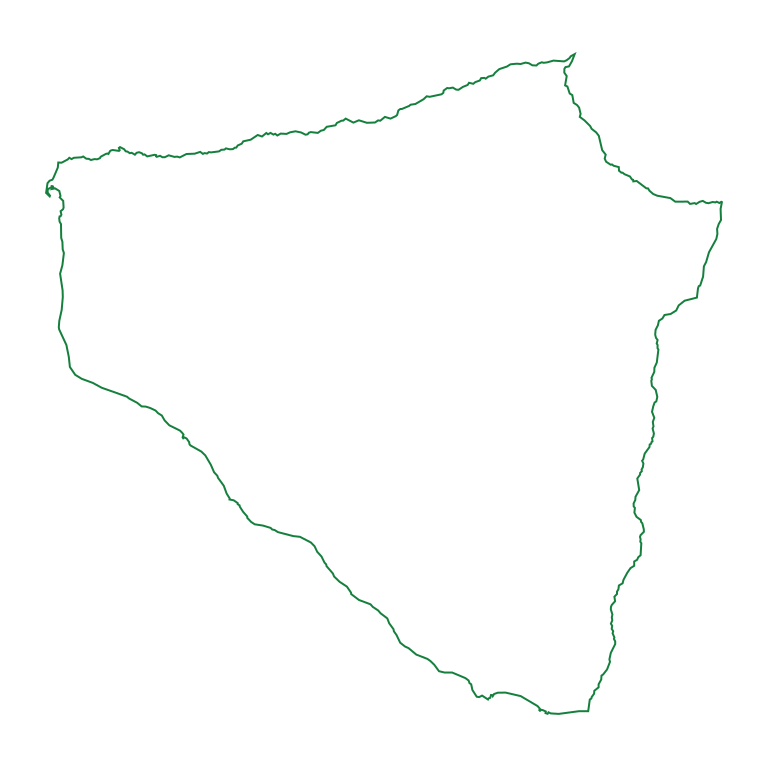 outline of Nossa Senhora Da Conceicao, São Filipe, Cabo Verde
{"feature_id": "66160863B39753348448887", "entity_name": "Nossa Senhora Da Conceicao", "entity_type": "district", "adm_level": 2, "iso_a3": "CPV", "parent_name": "Cabo Verde", "parent_adm1": "São Filipe", "projection": "albers", "projection_center": [-24.43, 14.881], "detail": "fine", "context": "isolated", "style": "outline", "palette": "green", "viewbox_px": 768, "rotation_deg": 0, "n_neighbors": 0, "source": "geoboundaries", "source_scale": "gbopen_adm2", "svg_char_len": 6002}
<svg xmlns="http://www.w3.org/2000/svg" viewBox="0 0 768 768"><path d="M588.2,711.2L589.8,699.5L591.3,698.6L591.7,697.0L594.1,693.7L594.3,690.8L598.6,687.3L598.6,684.3L601.2,679.6L601.5,675.6L603.2,674.4L607.1,669.4L610.0,661.8L609.4,659.4L610.8,652.9L615.2,644.1L615.2,641.3L613.9,638.9L614.4,637.5L612.6,633.3L613.2,631.2L611.7,628.8L612.2,625.8L610.9,623.7L612.3,620.4L611.8,617.4L612.4,614.5L610.8,609.3L611.0,606.8L611.8,604.9L615.1,601.2L614.4,596.7L617.0,594.0L617.0,591.6L618.4,589.3L618.9,585.5L622.6,583.3L623.5,579.8L627.2,572.9L630.5,568.1L634.2,565.8L634.2,561.5L637.1,559.8L638.2,557.3L640.6,555.2L641.3,543.2L640.3,541.7L640.6,539.2L640.0,536.9L640.6,535.1L643.9,531.8L643.8,529.3L642.3,523.2L641.1,521.9L640.8,520.0L636.5,516.8L634.4,512.6L634.9,507.9L633.7,506.4L633.6,503.5L635.3,499.9L635.5,496.8L639.2,490.1L637.3,478.5L640.0,474.7L640.2,472.8L641.8,471.3L641.6,469.5L642.9,467.1L643.4,463.4L642.1,460.8L643.2,459.4L644.7,453.6L649.5,447.0L649.7,444.5L651.1,443.7L651.5,442.1L652.5,441.4L652.1,438.1L653.3,436.7L653.9,433.5L652.6,428.5L653.5,426.4L652.8,421.9L654.3,417.8L652.0,411.8L653.3,406.2L654.6,402.5L656.3,401.4L657.3,396.9L655.7,389.9L651.9,385.9L651.3,380.8L651.9,379.3L651.5,377.8L654.3,371.8L654.4,367.8L656.8,362.5L658.4,349.6L657.5,348.1L657.6,345.0L656.7,343.5L657.6,340.0L656.0,337.9L655.2,334.7L655.6,329.8L657.9,325.3L658.9,320.8L662.4,318.5L664.5,315.0L670.6,314.0L676.2,310.5L678.7,305.4L684.6,300.7L696.9,297.6L698.0,288.3L698.8,286.1L700.2,285.5L703.1,276.6L703.9,266.3L706.1,262.1L709.0,252.2L716.3,239.0L717.4,234.0L717.1,228.8L718.8,223.9L721.0,220.0L720.6,208.9L721.9,202.1L721.3,201.8L719.4,203.0L716.7,201.7L715.4,202.4L712.6,202.0L708.5,203.2L706.0,202.8L702.8,200.9L699.6,201.8L696.1,204.0L694.7,203.1L690.0,203.9L687.7,201.6L675.3,201.7L670.4,198.1L657.2,195.7L653.2,194.0L649.5,190.8L648.0,188.4L646.3,188.3L636.7,181.0L633.3,181.4L633.1,179.8L631.9,179.4L630.0,176.5L624.5,174.2L622.6,172.7L621.4,172.7L619.0,170.7L618.8,167.1L613.5,165.7L612.1,164.5L610.6,164.7L606.1,161.7L604.7,158.6L605.7,154.6L602.2,150.2L598.8,135.8L596.2,132.4L591.6,128.8L590.2,126.1L584.5,120.4L579.8,116.9L580.6,113.9L579.1,107.6L577.0,105.0L573.7,102.9L572.3,95.1L569.7,93.5L567.4,86.5L565.1,85.4L566.7,76.1L564.3,72.6L564.4,68.8L565.5,67.1L569.0,66.4L572.0,61.1L574.7,54.1L570.7,56.3L569.6,58.0L566.7,60.2L564.1,61.4L553.5,60.6L547.0,62.4L543.7,62.8L541.8,62.3L538.3,63.7L536.4,65.5L532.3,65.3L529.0,63.3L525.6,62.6L520.6,64.0L516.7,63.7L510.5,64.3L506.8,66.6L499.3,69.1L495.1,72.7L493.2,75.3L488.4,76.6L485.7,78.7L484.4,77.9L481.2,78.1L479.8,80.5L475.3,82.1L473.3,83.8L469.0,82.8L467.6,85.0L462.9,86.9L458.5,89.8L456.2,89.6L452.8,87.6L449.0,88.3L447.2,88.0L443.7,90.5L443.3,92.9L441.5,94.3L429.7,96.8L426.7,96.3L423.6,99.2L415.4,104.0L410.6,104.7L409.2,105.9L401.8,109.0L400.3,109.0L398.4,110.4L397.1,115.0L395.7,116.2L390.5,118.6L384.9,116.9L380.3,120.7L378.1,120.4L375.0,122.5L366.9,122.8L358.9,120.3L353.4,122.6L345.7,118.6L343.2,120.6L341.5,120.7L336.8,123.0L335.5,125.3L326.7,126.8L323.8,130.0L320.9,130.7L317.8,132.9L310.8,132.1L308.9,132.7L307.6,134.3L305.5,134.7L301.2,132.5L295.5,131.3L290.1,132.3L286.6,133.9L280.7,133.6L277.3,135.5L275.2,133.8L273.4,134.6L270.5,132.9L268.0,134.3L266.3,133.0L262.0,136.5L257.7,135.0L250.7,139.7L243.3,141.3L241.7,143.7L237.7,145.5L236.3,147.6L234.8,147.7L232.9,149.1L229.8,149.3L225.9,148.4L224.5,149.6L221.3,149.8L219.0,151.4L211.0,152.4L208.8,152.1L207.1,153.5L204.5,153.1L202.9,153.9L200.2,151.9L194.6,153.7L186.5,154.0L179.8,157.4L177.2,156.6L174.4,156.9L168.7,155.3L164.9,157.2L162.4,157.2L160.0,155.8L156.7,156.8L156.0,156.3L156.1,155.1L154.7,154.8L147.2,156.4L144.6,154.4L143.1,154.7L141.9,153.3L139.1,152.2L136.6,152.8L134.9,154.7L131.7,152.8L129.8,153.2L127.5,151.6L125.7,151.3L124.1,149.2L120.0,147.1L118.9,147.9L119.7,150.2L119.0,150.9L112.7,150.0L111.1,150.4L110.1,151.0L108.4,154.0L107.3,153.5L105.7,154.0L100.6,156.8L99.9,158.2L97.1,159.3L94.4,159.1L90.9,160.0L88.9,158.9L86.3,158.7L83.2,156.5L81.4,157.3L73.8,157.8L71.6,159.1L69.3,157.8L67.8,159.4L61.6,162.7L58.3,162.5L57.8,167.6L53.5,177.7L52.4,179.7L49.6,180.7L47.5,183.2L46.1,192.9L49.7,196.4L50.0,195.7L47.6,192.5L47.8,189.2L51.4,187.3L51.6,186.1L52.7,186.2L53.6,187.7L52.4,188.9L55.1,188.4L59.3,191.0L60.5,196.0L59.7,197.4L63.2,200.9L63.6,207.6L63.0,209.3L60.6,211.2L61.4,214.7L60.6,216.2L59.6,216.4L59.2,218.4L59.6,221.7L61.0,224.1L61.2,237.9L62.4,241.8L62.7,249.4L63.9,253.0L62.4,265.2L60.1,273.7L62.6,290.4L62.8,297.0L61.7,309.8L59.3,320.8L58.8,327.4L59.2,329.5L66.4,345.0L68.8,356.9L69.9,367.0L75.2,374.8L81.7,378.8L92.8,382.9L101.6,387.7L127.0,396.7L129.1,398.5L137.2,402.8L141.6,406.4L145.8,406.6L150.2,408.0L155.5,410.5L158.1,413.2L161.8,415.5L164.6,420.4L169.3,425.3L180.0,430.6L182.0,432.6L183.5,434.5L182.6,437.4L183.2,438.3L184.4,437.4L186.6,438.5L189.2,442.2L189.4,444.0L190.4,445.4L201.4,451.6L205.3,455.4L210.8,464.7L214.1,472.3L217.3,475.7L218.0,477.8L223.8,485.8L226.6,493.5L229.7,498.5L229.5,499.5L233.7,500.3L237.7,503.1L237.7,504.2L239.6,505.4L239.8,506.7L243.1,511.8L247.2,516.5L247.3,517.9L251.2,522.0L254.7,524.3L263.1,525.6L270.6,527.9L272.2,529.5L274.6,530.0L277.9,532.1L293.3,536.1L299.9,536.8L310.9,542.5L314.6,546.3L317.2,551.8L321.5,556.5L324.5,562.6L326.2,564.4L326.5,566.1L332.9,573.5L334.1,576.5L339.6,581.8L346.9,586.6L351.0,592.6L351.2,594.1L359.0,600.0L370.5,604.3L372.8,606.9L378.2,610.5L380.6,613.3L387.3,618.4L389.2,623.3L393.5,629.2L393.9,631.3L396.5,635.0L400.2,642.7L405.0,646.5L408.5,648.1L416.3,654.6L427.4,658.9L430.4,661.0L434.3,664.8L439.0,671.2L444.4,672.5L452.1,672.5L465.4,678.1L468.6,680.5L469.5,683.1L471.2,684.3L472.4,690.0L476.7,696.7L479.1,697.1L482.1,695.6L488.0,699.5L488.6,698.4L490.2,697.8L491.0,695.0L492.4,695.1L492.8,696.1L494.1,694.0L497.8,692.7L505.6,692.6L520.7,696.1L537.6,706.1L539.9,708.8L539.3,710.1L540.0,710.8L541.4,709.8L542.5,710.0L545.8,711.5L545.5,713.1L547.6,713.8L548.5,712.3L550.7,713.4L558.7,713.9L579.0,711.2L588.2,711.2Z" fill="none" stroke="#15803d" stroke-width="2"/></svg>